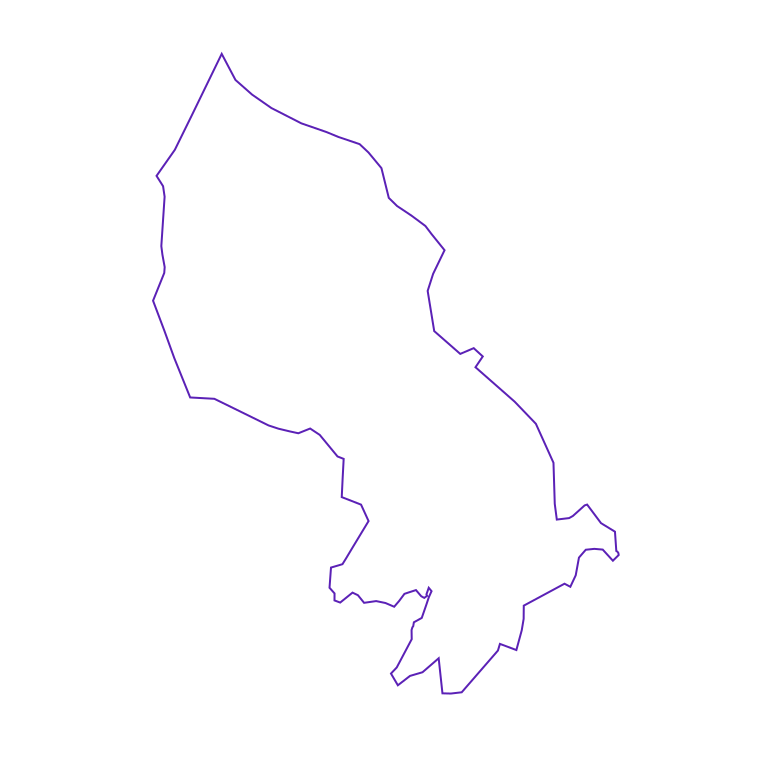 outline of Guzamala, Borno, Nigeria, rotated 11°
{"feature_id": "59680162B36028411577107", "entity_name": "Guzamala", "entity_type": "district", "adm_level": 2, "iso_a3": "NGA", "parent_name": "Nigeria", "parent_adm1": "Borno", "projection": "equal_earth", "projection_center": [13.284, 12.86], "detail": "fine", "context": "isolated", "style": "outline", "palette": "violet", "viewbox_px": 768, "rotation_deg": 11, "n_neighbors": 0, "source": "geoboundaries", "source_scale": "gbopen_adm2", "svg_char_len": 1616}
<svg xmlns="http://www.w3.org/2000/svg" viewBox="0 0 768 768"><g transform="rotate(11 384 384)"><path d="M642.4,513.8L647.0,507.1L646.3,505.2L645.2,504.1L643.9,503.6L638.9,484.9L623.6,479.2L606.4,463.6L604.1,464.9L594.6,477.5L591.3,480.3L579.5,484.1L574.5,469.1L565.4,429.0L540.7,394.1L515.6,376.4L470.6,350.1L475.7,338.1L465.2,331.7L453.1,339.9L423.2,322.5L409.1,284.3L411.2,266.5L417.9,241.1L402.0,227.7L394.5,221.0L379.1,213.6L362.9,206.8L353.2,200.4L340.3,172.6L324.6,159.7L314.3,153.2L292.1,150.2L279.7,147.7L253.1,143.9L220.8,134.6L199.3,125.1L180.2,113.9L161.7,90.9L143.9,157.6L134.0,194.0L121.0,223.1L129.4,232.0L132.9,242.0L139.1,291.1L141.8,299.3L146.4,311.1L147.1,316.9L141.4,346.3L158.3,373.7L173.2,398.6L196.3,434.2L220.3,430.9L278.6,446.7L288.9,448.0L300.4,448.5L309.3,448.7L320.0,441.8L330.6,446.2L352.2,464.0L358.7,465.2L361.3,483.8L364.1,503.1L384.5,506.8L395.0,521.5L384.2,550.9L380.0,562.5L377.6,568.8L373.6,570.9L367.0,574.3L369.4,594.4L375.4,599.0L376.7,605.9L382.7,606.9L392.9,594.8L398.7,596.3L406.2,602.6L417.7,598.6L427.2,598.7L436.5,600.7L440.2,594.2L444.1,586.1L447.8,584.0L454.7,580.2L461.0,585.2L464.3,586.3L466.7,583.7L465.8,582.4L466.8,575.5L470.2,578.3L468.7,584.7L467.6,593.1L465.7,606.4L458.8,612.2L458.9,616.2L458.3,617.4L458.0,620.2L459.9,629.2L450.6,659.8L446.1,666.9L455.1,677.1L465.2,665.6L476.8,659.6L490.0,642.8L500.4,676.5L508.7,675.1L519.1,671.8L546.7,623.9L547.4,617.0L564.7,619.9L566.2,599.5L565.9,587.9L563.5,574.9L599.3,545.6L605.6,547.5L608.7,535.2L608.5,517.2L613.7,508.2L621.9,505.7L630.3,504.8L642.4,513.8Z" fill="none" stroke="#5b21b6" stroke-width="2"/></g></svg>